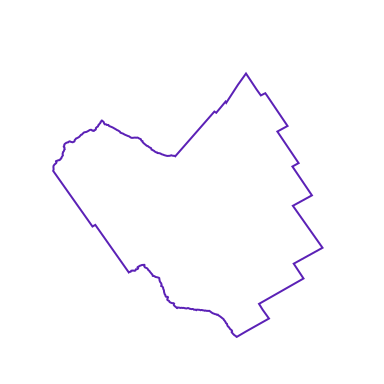 Salto, Buenos Aires, Argentina, rotated 285°
{"feature_id": "61730980B64997833188567", "entity_name": "Salto", "entity_type": "district", "adm_level": 2, "iso_a3": "ARG", "parent_name": "Argentina", "parent_adm1": "Buenos Aires", "projection": "equal_earth", "projection_center": [-60.357, -34.249], "detail": "fine", "context": "isolated", "style": "outline", "palette": "violet", "viewbox_px": 384, "rotation_deg": 285, "n_neighbors": 0, "source": "geoboundaries", "source_scale": "gbopen_adm2", "svg_char_len": 5806}
<svg xmlns="http://www.w3.org/2000/svg" viewBox="0 0 384 384"><g transform="rotate(285 192 192)"><path d="M98.0,151.7L98.4,151.9L98.5,152.1L98.9,153.0L99.2,153.4L99.5,153.4L100.3,153.8L100.4,154.2L100.4,154.5L100.7,154.8L100.9,155.4L100.9,155.8L101.0,156.7L101.1,157.1L101.5,157.6L102.4,157.7L102.8,157.8L103.0,158.5L103.5,159.3L104.1,159.7L104.6,159.7L104.9,159.5L105.0,159.2L105.2,158.9L105.6,159.1L106.1,159.6L106.7,160.3L107.1,160.6L107.5,161.0L107.6,161.4L108.0,161.8L108.5,162.5L108.8,163.2L108.9,164.1L109.3,164.5L109.3,164.9L109.0,165.1L108.4,165.0L108.1,165.0L107.8,165.3L107.2,165.8L107.0,166.2L106.9,166.7L106.8,167.6L106.7,168.1L106.6,168.6L106.3,169.0L105.9,169.4L105.3,170.0L105.1,170.4L104.8,171.2L104.6,171.5L104.2,171.8L103.8,172.4L103.1,173.4L102.7,173.9L102.5,174.3L102.2,174.6L102.0,175.1L101.7,175.3L100.8,175.8L100.8,176.2L100.9,176.5L101.0,177.3L100.9,177.9L100.5,178.5L100.5,179.0L100.6,180.1L100.6,180.9L100.6,182.1L100.4,182.6L100.0,182.8L99.5,183.0L98.9,183.3L98.5,183.4L97.2,184.2L96.8,184.6L95.9,185.8L95.5,186.1L94.5,186.6L94.1,186.5L93.2,186.6L93.1,187.7L92.2,188.8L91.0,189.3L89.8,190.3L88.2,190.9L86.2,192.1L86.0,192.4L85.7,192.8L84.6,193.4L84.2,193.8L84.1,194.3L84.3,195.1L84.4,195.7L83.9,196.1L83.2,196.0L82.7,195.9L82.0,195.9L81.6,196.0L81.2,196.5L80.9,197.9L79.9,198.9L79.6,200.3L79.5,201.3L79.6,201.9L79.8,202.6L79.8,203.1L79.5,203.6L79.1,203.5L78.6,203.6L78.1,203.7L77.6,204.3L77.1,205.3L76.8,205.9L76.7,206.3L76.4,206.9L76.0,207.4L76.0,207.7L76.3,207.9L76.8,208.2L76.8,208.6L77.0,209.8L77.0,210.8L77.2,211.2L77.3,211.5L77.5,212.0L77.5,212.7L77.8,213.5L77.9,214.1L77.9,215.5L78.0,215.8L78.0,216.2L78.1,216.9L78.4,217.4L78.8,218.0L78.9,218.5L78.9,218.9L78.6,219.8L78.7,220.4L78.7,220.9L78.7,221.6L78.8,222.0L79.0,222.4L79.2,223.1L79.1,223.7L78.8,224.4L79.0,225.0L79.2,225.4L79.2,225.6L79.1,226.1L79.0,226.4L79.0,226.8L79.6,227.1L79.8,227.8L79.9,228.7L80.1,229.3L80.1,230.4L80.0,230.8L80.5,231.7L80.6,232.2L80.5,232.9L80.7,234.2L80.6,235.0L80.9,235.4L81.0,235.9L80.9,236.6L81.1,237.1L81.2,237.5L81.2,238.0L81.2,238.3L81.5,238.8L81.6,239.2L81.7,239.5L80.8,241.8L80.3,243.2L80.1,245.2L80.0,245.8L80.1,247.0L79.8,248.0L80.1,248.3L80.2,248.7L79.8,249.3L79.3,250.6L79.0,251.6L78.7,252.2L78.5,252.8L78.1,253.6L77.8,254.4L77.2,255.6L76.6,256.0L76.4,256.4L76.0,257.0L74.8,258.3L74.3,258.6L74.0,259.1L73.7,259.9L72.7,260.4L71.5,261.4L71.3,262.0L70.9,262.7L70.2,263.5L69.6,264.2L69.3,264.6L69.1,265.4L68.8,265.9L68.5,266.4L67.9,266.8L67.4,266.7L67.0,266.5L66.7,266.7L65.9,268.0L65.4,268.6L65.3,268.9L65.1,269.4L64.7,269.8L64.6,270.1L64.5,270.6L64.4,271.0L64.3,271.5L63.8,272.1L63.6,272.7L71.5,280.5L89.7,299.1L96.5,290.8L101.3,285.7L137.3,322.1L149.1,308.8L171.9,332.5L204.8,293.0L219.8,308.7L242.6,282.4L247.5,287.5L272.5,258.8L280.5,267.2L304.6,239.4L306.4,237.2L303.1,233.5L307.7,227.9L320.4,213.5L307.7,208.7L291.1,203.3L287.0,202.0L288.0,201.0L274.8,194.9L275.5,192.8L222.2,166.6L222.3,166.4L222.4,166.0L222.4,165.6L222.2,165.3L222.2,164.7L222.1,164.0L222.0,163.6L222.1,162.4L221.7,161.9L221.3,161.3L221.1,160.8L220.7,159.6L220.4,158.6L220.4,155.8L220.5,154.9L220.6,154.3L220.6,153.6L220.6,153.0L220.7,152.4L221.0,151.8L221.0,149.8L220.8,149.3L220.7,148.5L221.2,147.9L221.1,147.3L221.1,146.8L221.5,145.4L221.9,144.8L222.1,143.7L222.4,143.1L222.4,142.4L222.5,141.9L223.1,141.6L223.6,141.2L223.9,140.8L223.9,140.2L224.1,139.5L224.3,138.9L224.5,138.2L224.9,137.6L225.0,137.1L224.9,136.4L225.1,135.9L225.5,135.2L225.8,134.5L226.5,133.0L227.4,131.4L227.7,131.2L228.1,131.2L228.3,131.1L228.4,130.8L228.4,130.4L228.5,129.9L229.0,129.4L229.5,129.1L229.8,128.8L229.9,128.2L229.9,127.5L230.4,125.9L230.4,125.5L230.4,124.9L230.1,124.4L229.9,123.9L229.9,123.2L229.8,122.8L229.2,121.3L228.8,120.2L228.7,119.5L228.8,118.6L229.1,117.8L229.4,117.1L229.5,116.5L229.5,115.8L229.9,112.9L230.0,112.2L230.2,111.6L230.2,111.3L230.4,110.6L230.6,110.1L230.6,109.6L230.7,108.1L230.8,107.5L231.2,107.1L231.3,107.1L231.7,106.5L232.1,105.2L232.3,104.6L232.4,104.1L232.4,103.5L232.7,102.8L232.8,102.5L232.9,101.8L233.2,101.1L233.3,100.5L233.5,99.8L233.8,98.7L234.2,96.0L234.2,95.4L234.2,95.0L235.1,93.9L235.1,93.6L234.9,93.0L234.7,92.6L234.7,92.4L235.0,91.8L235.1,91.3L235.0,90.7L234.8,90.4L235.1,89.8L235.6,89.3L236.6,88.7L236.9,88.2L237.5,87.0L237.7,86.6L237.6,86.2L237.3,86.1L236.4,86.0L235.6,85.5L235.1,85.6L234.7,85.5L234.3,85.2L233.8,85.0L233.1,84.6L232.4,84.5L232.2,84.2L231.5,84.2L231.1,84.2L230.6,83.9L230.3,83.5L229.9,83.2L229.1,82.7L228.8,82.6L228.4,82.8L227.9,82.9L227.5,82.8L227.2,82.7L226.7,82.3L226.5,81.8L226.3,81.6L225.6,81.4L225.5,80.8L225.7,80.5L225.5,80.0L225.6,79.5L225.9,79.2L226.0,78.8L225.9,78.1L225.5,77.3L225.1,76.9L224.7,76.5L224.3,76.2L223.3,75.1L222.8,74.6L222.3,73.6L222.1,73.2L221.7,72.4L220.7,71.7L219.7,71.1L219.2,70.9L218.8,70.6L218.5,70.0L218.1,69.8L216.2,68.9L214.9,67.7L213.8,66.4L213.6,66.1L212.7,65.8L212.3,65.5L211.8,65.3L210.9,65.4L210.4,65.3L210.0,65.0L209.7,64.4L209.2,64.0L209.1,63.5L209.1,62.6L209.1,61.8L209.3,61.2L209.2,60.5L208.8,60.1L208.3,59.8L208.0,59.6L208.0,59.3L207.3,58.4L207.2,58.1L207.0,57.8L206.6,57.6L206.3,57.3L205.7,56.8L205.1,56.5L204.7,56.4L203.8,56.6L203.5,56.6L203.2,56.5L203.1,56.4L202.9,56.3L202.6,56.4L202.1,57.2L201.7,57.1L200.7,57.8L200.2,58.0L199.7,57.7L199.4,57.6L198.4,57.6L198.0,57.5L197.5,57.3L197.0,57.0L196.5,57.2L195.2,57.1L194.6,57.5L194.1,57.8L193.7,57.7L192.5,57.3L191.5,57.0L191.0,57.1L190.2,56.6L189.7,56.6L189.4,56.2L189.0,56.1L188.7,56.0L188.4,55.6L188.2,55.2L188.2,54.8L188.0,54.5L187.3,53.8L187.2,53.5L187.0,53.1L186.7,52.7L186.3,52.7L186.0,53.1L185.5,53.4L185.0,53.4L184.5,53.2L184.0,52.7L183.5,52.5L183.0,52.1L182.6,51.9L182.2,51.8L181.7,51.6L181.3,51.5L180.1,51.7L179.7,51.9L177.9,52.5L177.4,52.5L177.0,52.4L176.4,52.5L132.9,104.8L135.2,107.1L98.0,151.7Z" fill="none" stroke="#5b21b6" stroke-width="2"/></g></svg>